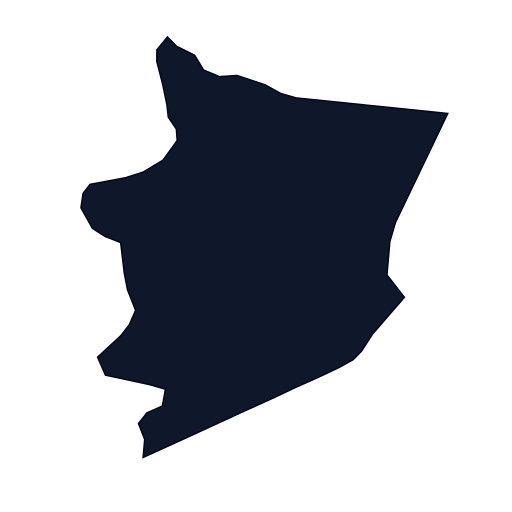 Lagoa de Itaenga, Pernambuco, Brazil (Equal Earth projection), rotated 275°
{"feature_id": "56859067B83108887240986", "entity_name": "Lagoa de Itaenga", "entity_type": "district", "adm_level": 2, "iso_a3": "BRA", "parent_name": "Brazil", "parent_adm1": "Pernambuco", "projection": "equal_earth", "projection_center": [-35.295, -7.91], "detail": "fine", "context": "isolated", "style": "filled", "palette": "ink", "viewbox_px": 512, "rotation_deg": 275, "n_neighbors": 0, "source": "geoboundaries", "source_scale": "gbopen_adm2", "svg_char_len": 831}
<svg xmlns="http://www.w3.org/2000/svg" viewBox="0 0 512 512"><g transform="rotate(275 256 256)"><path d="M288.7,77.4L269.2,90.7L262.3,104.0L257.6,120.0L227.3,126.3L211.2,130.9L191.4,140.8L176.4,135.7L165.0,128.4L141.4,107.0L124.2,116.4L118.6,161.1L115.4,177.4L98.4,175.8L90.3,161.1L78.9,153.5L63.6,161.1L45.5,161.1L69.5,203.6L98.8,254.9L117.2,287.6L127.5,305.1L141.4,330.1L152.4,348.8L161.2,361.8L170.4,369.4L188.5,379.0L209.8,394.4L227.8,407.4L248.6,388.1L265.6,388.1L282.0,388.1L301.5,392.0L414.7,434.6L417.0,282.1L420.1,266.4L427.3,250.1L434.2,221.4L431.5,203.9L436.7,187.6L450.6,177.4L458.0,158.6L466.5,148.7L452.8,139.3L441.2,140.2L418.8,148.1L398.8,154.1L386.7,156.5L375.5,165.6L364.1,167.4L343.4,155.0L329.8,136.3L322.6,119.1L312.9,84.4L303.3,78.3L288.7,77.4Z" fill="#0f172a" stroke="#020617" stroke-width="1.5"/></g></svg>